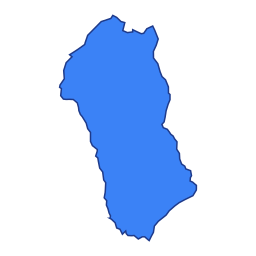 Amargeti, Paphos, Cyprus
{"feature_id": "46923920B2584944489966", "entity_name": "Amargeti", "entity_type": "district", "adm_level": 2, "iso_a3": "CYP", "parent_name": "Cyprus", "parent_adm1": "Paphos", "projection": "equal_earth", "projection_center": [32.584, 34.817], "detail": "fine", "context": "isolated", "style": "filled", "palette": "blue", "viewbox_px": 256, "rotation_deg": 0, "n_neighbors": 0, "source": "geoboundaries", "source_scale": "gbopen_adm2", "svg_char_len": 1628}
<svg xmlns="http://www.w3.org/2000/svg" viewBox="0 0 256 256"><path d="M59.6,87.3L61.4,88.6L61.0,92.8L60.7,95.7L63.4,99.1L66.2,99.4L69.2,99.3L73.3,99.5L77.3,102.9L78.5,107.3L78.9,110.7L80.4,114.5L82.2,116.6L86.2,123.1L87.7,128.7L90.5,132.4L90.5,137.8L90.5,141.4L92.4,145.6L97.3,149.5L97.2,151.3L95.7,156.1L97.8,157.9L98.4,161.5L99.7,168.1L102.7,172.0L103.7,179.9L105.7,182.7L105.4,189.2L105.2,192.4L104.2,197.8L106.7,200.7L106.4,205.1L107.9,208.5L109.1,213.0L110.5,215.9L110.0,218.3L109.8,218.3L111.4,219.2L115.1,222.7L116.7,228.0L120.0,229.3L122.4,234.2L125.7,231.0L126.2,233.6L128.0,235.5L131.7,235.7L134.1,235.5L138.3,239.0L142.3,236.8L144.7,236.8L148.4,240.0L149.2,240.6L151.3,236.3L153.4,232.4L154.4,226.0L156.2,223.9L158.3,221.3L166.1,215.1L169.2,210.8L174.8,205.9L179.1,202.7L184.9,199.6L192.9,195.7L196.3,190.1L196.4,188.8L196.4,185.4L192.6,182.1L190.1,181.0L190.4,177.6L191.5,175.7L190.6,170.7L185.8,168.9L184.8,166.2L181.6,164.0L179.7,159.0L179.4,153.4L176.7,149.2L177.0,141.8L174.6,138.9L173.1,136.0L170.8,134.3L169.3,132.0L167.3,129.3L163.3,127.7L161.9,124.4L164.1,121.9L165.1,117.2L166.1,110.8L168.1,104.3L170.0,99.7L170.0,96.1L170.0,94.5L168.5,93.1L168.4,86.9L165.5,79.8L162.0,76.6L160.1,71.8L157.8,63.7L153.5,58.0L153.4,51.4L156.2,45.3L158.2,39.0L154.7,30.2L152.7,26.0L146.9,28.7L143.7,33.3L141.2,33.7L136.2,31.4L132.7,29.7L132.7,31.9L127.4,32.6L122.8,30.6L124.8,22.6L120.9,21.5L116.7,17.4L112.8,15.4L110.9,18.4L101.2,21.6L94.1,28.8L87.7,35.3L85.2,42.6L84.7,44.5L78.0,49.3L73.1,52.5L69.6,54.7L72.0,56.8L66.2,62.6L63.7,70.5L64.3,78.8L60.1,84.9L59.6,87.3Z" fill="#3b82f6" stroke="#1e3a8a" stroke-width="1.5"/></svg>